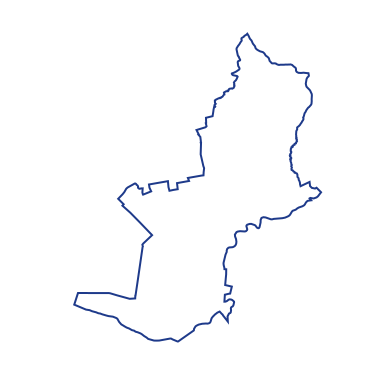 the district of Feldioara, Brasov, Romania, rotated 78°
{"feature_id": "2599482B87521690287479", "entity_name": "Feldioara", "entity_type": "district", "adm_level": 2, "iso_a3": "ROU", "parent_name": "Romania", "parent_adm1": "Brasov", "projection": "albers", "projection_center": [25.526, 45.82], "detail": "fine", "context": "isolated", "style": "outline", "palette": "blue", "viewbox_px": 384, "rotation_deg": 78, "n_neighbors": 0, "source": "geoboundaries", "source_scale": "gbopen_adm2", "svg_char_len": 5880}
<svg xmlns="http://www.w3.org/2000/svg" viewBox="0 0 384 384"><g transform="rotate(78 192 192)"><path d="M327.8,219.0L326.2,218.4L324.2,216.5L323.7,215.4L323.1,213.1L323.0,209.5L323.5,205.9L324.0,204.0L323.9,202.5L323.7,201.9L323.3,201.3L322.5,200.7L319.6,199.1L318.3,197.6L316.4,194.7L315.8,193.3L315.3,192.4L314.7,189.8L317.3,188.3L318.3,187.5L319.0,187.4L326.2,183.9L321.1,183.1L318.6,181.1L318.3,179.7L317.9,179.2L315.9,178.4L314.0,178.2L313.3,177.9L312.8,177.4L312.3,175.9L311.8,175.4L311.3,175.0L308.5,173.7L307.9,173.7L306.0,175.1L305.3,176.1L304.8,177.7L305.0,178.7L305.8,180.2L306.0,180.9L306.2,182.0L306.0,183.1L299.3,181.2L299.2,177.4L299.3,175.8L292.8,172.7L289.9,178.9L279.6,175.7L274.7,174.6L274.2,176.3L272.8,176.1L270.5,176.2L268.8,176.1L267.7,175.8L260.2,172.2L257.8,170.5L256.4,170.2L255.0,169.4L254.1,168.0L254.0,166.9L254.4,164.0L254.4,163.4L253.9,161.6L252.9,160.3L251.7,159.5L249.9,158.9L247.2,158.7L244.5,159.1L242.6,158.9L240.5,156.8L240.2,155.6L240.3,153.2L241.5,148.9L241.6,148.0L241.5,147.3L240.7,146.1L239.9,145.7L236.6,145.9L236.0,145.5L235.5,144.8L235.2,142.4L235.5,140.7L237.3,137.7L237.9,137.0L240.3,135.9L241.2,134.8L241.2,134.1L240.5,133.3L236.2,131.3L233.5,130.6L232.5,129.9L231.8,129.4L231.5,127.4L232.2,125.3L235.0,120.7L235.3,119.8L235.4,119.1L235.3,117.6L236.4,109.1L236.4,107.3L236.4,106.2L235.8,103.2L235.3,101.8L234.6,100.8L231.9,98.3L231.3,97.4L231.0,95.2L230.8,94.1L230.0,92.6L229.4,90.9L228.9,86.9L228.5,85.7L228.2,84.9L227.4,84.0L225.9,82.7L224.8,81.0L224.7,80.1L224.9,77.2L222.7,78.3L222.4,77.5L223.3,75.3L223.6,74.2L223.2,71.3L222.4,69.7L219.1,65.8L213.7,69.3L214.2,70.9L212.9,73.9L210.7,75.3L206.6,74.9L208.9,84.6L206.8,84.7L205.5,84.5L203.9,84.6L202.2,85.1L201.2,84.9L200.4,85.0L199.2,85.7L197.0,85.3L195.8,85.5L195.2,86.4L194.7,86.7L194.5,87.6L193.5,87.7L193.0,88.5L192.0,88.9L191.7,89.1L191.3,89.8L191.1,90.0L189.9,89.9L188.9,89.2L188.6,89.2L187.6,89.6L186.8,89.2L186.4,88.8L186.0,89.1L184.0,88.9L182.6,89.2L181.8,88.9L181.5,89.1L180.3,89.2L180.1,89.0L180.5,88.5L180.0,88.0L179.5,88.1L179.1,87.9L178.5,88.4L177.6,88.2L177.4,88.6L176.8,88.3L176.4,88.6L175.8,88.1L175.4,88.1L175.1,87.5L174.0,86.7L173.3,86.9L173.1,86.6L172.5,86.8L171.7,86.8L171.3,86.5L170.6,86.5L169.3,85.6L169.0,85.5L168.8,85.4L168.8,84.8L169.0,84.5L168.9,84.2L168.5,84.0L167.9,84.2L167.6,83.9L167.6,83.3L167.3,83.0L167.1,81.8L166.9,81.7L166.3,81.7L166.0,80.9L166.0,80.2L165.1,79.9L164.6,79.1L164.1,78.7L163.4,78.9L162.4,78.5L162.1,78.7L161.4,78.6L161.3,79.0L160.7,78.9L160.2,78.4L159.5,78.6L158.5,78.3L157.6,78.3L154.1,77.3L152.6,76.1L150.9,75.8L150.5,75.4L149.8,73.8L149.5,73.5L148.9,72.5L147.5,71.2L146.9,70.4L145.6,69.4L145.2,68.8L144.1,67.9L142.7,67.6L142.4,67.8L141.0,66.8L138.4,65.5L137.4,64.4L135.7,63.1L133.8,61.0L133.4,60.3L133.3,59.9L131.5,57.5L130.6,56.8L128.0,56.0L126.2,55.7L122.6,54.7L121.1,54.5L117.6,55.3L116.6,55.7L113.0,58.0L112.0,58.2L109.7,58.2L105.4,56.5L104.0,55.4L103.0,53.8L102.5,53.5L100.0,53.4L99.5,55.2L98.5,58.1L98.3,60.0L97.7,62.8L97.4,63.3L96.3,64.6L95.6,64.9L94.6,65.0L93.3,64.7L92.0,64.9L90.6,66.2L88.5,67.7L87.7,69.1L87.6,70.2L86.8,74.1L86.6,75.9L85.9,79.0L85.8,80.5L85.2,81.7L84.3,82.9L83.9,83.1L83.7,83.4L83.3,84.4L83.0,86.4L82.6,87.2L79.9,88.8L77.3,89.0L76.4,89.4L75.2,90.3L74.4,91.1L73.7,91.6L71.7,92.3L70.9,92.8L69.9,93.6L68.6,96.1L67.2,97.8L65.9,99.1L65.1,99.6L64.1,100.0L62.7,100.0L59.5,101.6L56.2,102.3L54.1,103.5L50.9,104.2L48.7,105.0L49.5,106.2L50.2,108.3L51.0,109.2L51.5,110.8L51.9,111.6L52.6,111.9L53.9,111.8L54.5,112.1L55.6,113.4L57.4,115.0L58.6,116.5L60.7,118.5L61.8,118.8L67.7,118.8L68.4,118.7L69.3,118.1L69.8,118.2L72.7,117.4L73.2,117.6L73.3,117.9L73.5,119.1L73.8,119.9L74.5,120.3L78.3,120.6L80.3,119.9L81.4,119.9L82.0,120.4L83.3,123.5L83.8,125.3L84.2,127.1L84.2,127.9L84.3,128.3L84.6,128.5L85.0,128.4L85.9,128.0L86.3,127.5L87.9,123.9L88.2,123.6L88.7,123.4L90.8,124.9L91.9,125.9L92.8,127.5L93.8,128.3L94.7,128.1L95.9,128.3L95.8,128.5L96.0,128.6L96.7,128.3L97.1,128.4L97.2,128.7L97.9,128.9L98.2,129.3L98.7,129.5L99.3,131.0L98.9,131.8L99.0,132.3L98.8,133.2L98.9,134.1L99.3,134.6L100.2,135.1L100.2,135.7L100.7,135.6L100.9,135.8L100.9,136.1L100.7,136.6L100.6,137.8L101.3,140.0L101.6,140.2L102.8,139.9L103.3,140.0L103.3,140.4L105.2,142.5L105.3,143.4L105.6,143.7L105.9,144.2L106.0,145.0L105.7,145.1L106.0,147.1L106.1,147.3L106.7,149.7L107.0,149.9L107.2,150.6L108.1,150.8L108.7,150.7L109.4,151.0L110.1,150.9L110.7,150.5L111.0,151.1L111.4,151.5L111.5,151.8L112.3,151.9L113.3,151.5L113.5,151.7L113.0,152.5L115.9,153.8L117.4,154.3L122.1,156.1L122.3,162.9L127.4,163.8L127.5,164.2L130.7,164.1L131.2,164.8L131.5,165.5L132.3,174.7L137.2,173.4L137.3,173.8L139.8,172.4L144.5,172.8L145.4,173.2L145.6,172.9L157.0,175.7L169.1,175.5L171.2,175.2L175.1,176.5L178.1,177.3L177.9,179.4L177.4,193.1L180.6,192.6L180.2,204.8L186.3,205.4L186.1,209.6L186.1,213.8L182.3,214.0L176.4,213.3L175.7,232.5L179.0,232.7L182.9,231.8L184.4,240.4L183.6,240.6L182.0,240.6L178.2,239.5L178.1,240.4L177.9,240.8L178.0,242.4L177.8,243.0L176.6,243.9L175.3,243.6L174.3,243.9L173.3,244.8L172.7,244.9L172.0,245.5L171.8,246.2L174.2,254.0L175.1,255.6L178.0,258.2L179.8,260.4L183.3,265.6L189.8,261.4L190.9,262.9L199.5,256.6L211.1,249.2L225.9,240.0L232.2,250.3L233.2,251.5L235.1,251.4L235.6,251.8L236.2,252.0L266.3,263.1L281.6,268.8L281.6,269.0L284.3,269.7L283.5,275.2L277.6,286.6L274.0,293.2L273.6,294.3L267.1,324.5L277.7,330.6L285.0,320.1L286.3,316.7L287.8,314.6L289.8,310.7L291.0,309.0L291.5,307.9L291.7,307.2L293.0,305.2L295.1,301.3L296.0,299.5L297.5,295.3L299.5,292.3L300.4,291.4L303.9,290.3L306.8,288.7L308.9,286.4L309.4,286.0L310.0,285.2L310.9,284.3L312.5,281.8L314.6,279.5L315.7,277.3L316.8,276.4L317.1,275.9L317.9,274.3L319.6,271.8L320.6,270.7L322.9,268.8L325.0,266.6L326.6,265.4L329.4,260.1L330.1,257.2L330.5,254.8L330.8,243.8L331.1,242.8L332.1,241.7L334.8,237.8L335.2,237.2L335.3,236.6L327.8,219.0Z" fill="none" stroke="#1e3a8a" stroke-width="2"/></g></svg>